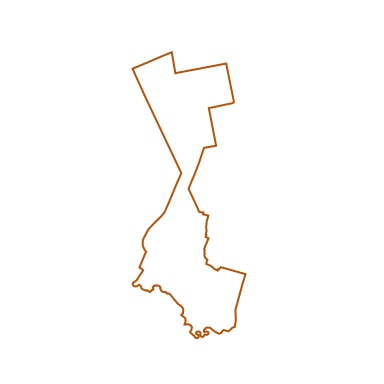 outline of Smardioasa, Teleorman, Romania, rotated 145°
{"feature_id": "2599482B66072076096331", "entity_name": "Smardioasa", "entity_type": "district", "adm_level": 2, "iso_a3": "ROU", "parent_name": "Romania", "parent_adm1": "Teleorman", "projection": "albers", "projection_center": [25.437, 43.807], "detail": "fine", "context": "isolated", "style": "outline", "palette": "amber", "viewbox_px": 384, "rotation_deg": 145, "n_neighbors": 0, "source": "geoboundaries", "source_scale": "gbopen_adm2", "svg_char_len": 5376}
<svg xmlns="http://www.w3.org/2000/svg" viewBox="0 0 384 384"><g transform="rotate(145 192 192)"><path d="M174.7,301.9L174.9,301.4L188.5,221.9L189.9,213.6L200.9,206.9L217.7,196.2L225.8,191.3L230.8,189.8L239.4,188.4L248.7,186.6L258.4,181.7L260.0,180.5L260.8,179.7L260.9,179.3L261.3,179.0L261.8,178.3L262.5,177.2L262.9,176.3L263.2,175.6L263.4,175.0L263.4,174.6L263.7,173.6L263.8,172.9L264.0,171.8L264.0,171.1L264.0,170.6L263.9,170.0L263.8,169.4L265.8,168.3L270.5,165.3L276.2,161.7L278.3,160.3L277.6,158.7L277.4,158.2L277.3,157.8L277.0,155.9L281.7,154.0L285.9,152.3L287.8,151.5L288.5,151.4L289.0,151.4L290.1,151.4L290.9,151.3L291.7,151.5L292.1,151.4L292.6,151.3L292.9,151.1L293.2,150.7L293.5,150.3L293.6,149.8L293.7,149.0L293.6,148.4L293.4,147.9L293.0,147.5L292.5,147.1L291.9,146.7L291.4,146.5L290.9,146.4L290.3,146.4L289.5,146.5L289.0,146.4L288.6,146.2L288.2,145.8L288.1,145.3L288.0,144.7L288.0,144.2L288.3,143.3L288.5,142.4L288.6,142.0L288.6,141.5L288.5,141.2L288.4,140.8L288.0,140.2L287.2,139.1L286.7,138.5L286.2,137.6L285.7,137.6L285.3,137.4L285.3,137.2L285.2,136.7L285.1,136.4L284.9,136.1L284.7,135.9L284.5,135.6L284.4,135.2L284.2,134.7L284.1,134.4L283.9,134.4L283.6,134.5L283.4,134.5L282.9,134.1L282.7,134.1L282.4,134.2L282.2,134.2L282.0,134.4L281.9,134.5L281.5,134.6L281.4,134.7L281.2,134.5L280.8,134.5L280.6,134.5L280.4,134.4L280.2,134.3L279.9,134.3L279.7,134.5L279.4,134.8L279.2,134.9L279.1,135.0L279.0,135.4L279.0,135.5L279.0,135.8L279.0,136.0L278.9,136.2L278.8,136.3L278.6,136.4L278.4,136.5L277.9,136.7L277.6,136.8L277.2,136.9L276.9,136.8L276.7,136.7L276.5,136.4L276.4,136.3L276.2,136.4L276.0,136.5L275.8,136.5L275.6,136.5L275.4,136.4L275.0,136.1L274.7,135.9L274.5,135.5L274.0,135.2L273.5,134.8L273.2,134.6L273.1,134.4L272.9,133.8L272.9,133.6L272.6,133.1L272.6,132.9L272.6,132.7L272.7,132.2L272.7,131.9L272.7,131.7L273.2,131.3L273.4,131.1L273.5,130.9L273.5,130.2L273.6,129.9L273.8,129.1L273.8,128.7L273.7,128.4L273.6,127.9L273.2,127.0L273.1,126.7L272.9,126.6L272.3,126.2L271.9,125.9L271.6,125.6L271.5,125.4L271.4,125.0L271.3,124.9L271.1,124.8L270.8,124.7L270.7,124.7L270.6,124.4L270.7,124.2L270.8,123.9L270.8,123.5L270.7,123.1L270.7,122.9L270.2,122.6L269.9,122.4L269.5,122.3L269.3,122.1L269.0,121.8L268.8,121.6L268.8,120.8L268.7,120.1L268.5,119.1L268.5,118.5L268.4,117.3L268.3,116.4L268.3,115.9L268.3,115.1L268.3,114.1L268.0,113.2L268.1,112.7L268.0,112.2L267.9,110.9L267.8,109.1L267.6,108.2L267.4,107.8L267.0,106.6L266.7,105.9L266.5,105.2L266.2,104.3L266.2,103.7L266.2,102.7L266.2,101.9L266.2,101.5L266.3,101.2L266.7,100.6L267.3,99.8L268.1,98.9L268.4,98.6L268.7,98.1L268.8,98.0L269.0,97.8L269.3,97.9L269.8,97.6L270.6,97.7L271.1,97.6L271.3,97.5L271.1,96.6L270.8,96.1L270.8,95.4L270.7,95.0L270.6,94.7L270.5,94.3L270.3,93.9L270.2,93.6L270.1,93.2L270.0,92.9L270.1,92.5L270.1,92.1L270.3,91.7L270.6,91.1L270.7,90.9L270.8,90.7L271.0,90.4L271.3,90.1L271.7,89.6L272.0,89.3L272.2,89.0L272.3,88.8L272.5,88.7L273.0,88.5L273.6,88.2L273.8,88.1L274.0,88.0L274.2,87.8L273.6,87.2L273.4,87.1L272.9,86.9L272.6,86.8L272.2,86.6L271.7,86.3L271.0,85.7L270.6,85.3L270.2,84.9L270.0,84.6L269.8,84.2L269.7,83.7L269.5,83.0L269.5,82.2L269.6,81.6L269.8,81.0L270.9,80.2L271.0,79.9L271.4,79.5L271.8,79.3L273.0,78.8L273.2,78.7L273.7,78.7L273.8,78.3L273.8,78.0L273.9,77.4L274.0,77.1L273.9,76.8L273.6,76.3L273.4,75.7L273.3,75.4L273.3,75.0L273.3,74.7L273.0,73.9L272.8,73.5L272.8,72.8L272.8,71.5L272.7,70.8L272.7,70.5L272.4,70.2L271.5,69.4L271.1,69.2L270.9,69.1L270.7,69.1L270.0,69.4L269.6,69.5L269.3,69.9L269.2,70.1L269.2,70.4L269.0,70.8L268.9,71.1L268.9,71.4L268.9,71.8L269.6,72.5L270.0,72.9L270.0,73.1L270.0,73.3L270.0,73.5L269.9,73.7L269.6,74.0L269.3,74.3L269.0,74.6L268.6,74.7L268.3,74.7L267.9,74.6L267.4,74.4L267.0,74.3L266.6,74.0L266.4,73.8L266.0,73.1L265.8,72.6L265.7,72.2L265.8,71.9L266.0,71.6L266.7,70.7L267.1,70.1L267.3,69.6L267.4,68.9L267.5,68.4L267.4,68.1L267.2,67.8L267.0,67.6L266.6,67.4L266.3,67.2L266.0,67.1L265.7,67.1L265.1,67.2L264.9,67.3L264.7,67.3L264.6,67.5L264.2,67.7L263.8,67.9L263.3,67.8L262.9,67.7L262.6,67.4L262.4,67.0L262.2,66.8L261.7,66.5L261.3,66.3L260.9,66.2L260.6,66.2L260.3,66.3L259.9,66.6L259.6,66.8L259.3,67.1L259.1,67.4L259.1,67.7L259.1,68.0L259.2,68.3L259.4,68.7L259.8,69.2L260.7,69.7L261.5,70.0L261.9,70.2L262.1,70.2L262.2,70.4L262.4,70.6L262.4,70.8L262.3,71.1L262.0,71.5L261.5,71.8L260.9,72.2L260.2,72.4L259.8,72.5L259.2,72.6L258.7,72.6L258.4,72.6L257.1,72.1L255.1,70.4L254.6,68.5L253.6,65.0L251.3,60.5L248.8,59.8L246.9,60.7L245.4,60.9L244.4,59.9L243.5,58.6L242.0,57.0L240.0,57.2L239.2,57.3L236.5,57.7L235.4,57.3L234.4,56.9L230.7,60.7L230.1,61.2L227.2,65.6L224.3,70.3L202.4,88.5L195.3,94.0L211.4,113.8L213.2,113.5L214.4,113.1L214.9,113.8L216.1,113.0L217.8,116.1L218.4,118.8L218.4,119.1L218.9,120.5L221.5,124.9L220.1,126.4L218.3,127.6L218.9,130.7L218.4,132.8L217.6,133.5L216.7,134.6L216.1,136.1L214.9,137.0L214.7,138.4L212.5,139.9L205.0,144.6L206.6,147.2L204.9,148.4L205.3,149.2L202.2,152.0L200.9,154.7L196.5,159.8L193.6,162.0L192.2,163.3L195.7,167.3L194.4,168.6L197.2,171.2L197.5,172.0L196.6,175.7L193.0,196.5L185.8,201.3L181.6,203.8L172.6,209.8L167.4,213.4L156.9,221.3L145.7,216.1L145.5,216.5L130.1,251.1L107.5,241.4L106.4,241.6L105.9,241.9L90.6,277.0L90.3,277.6L136.6,298.5L137.5,298.9L128.4,318.1L132.8,319.1L138.5,320.4L144.3,321.6L155.7,324.0L161.7,325.3L169.9,327.1L172.2,315.6L174.6,302.4L174.7,301.9Z" fill="none" stroke="#b45309" stroke-width="2"/></g></svg>